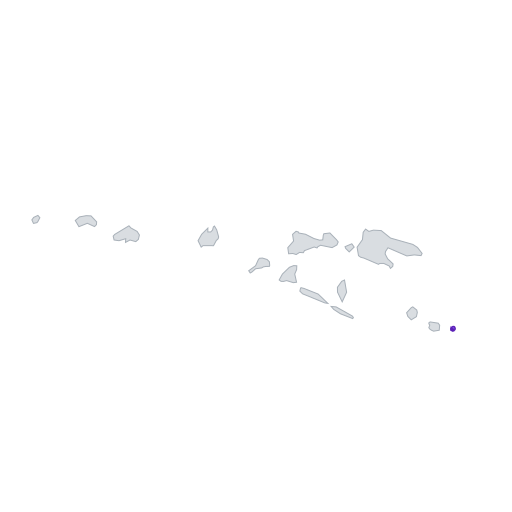 Ureparapara, Torba, Vanuatu (highlighted), rotated 124°
{"feature_id": "77236927B65524271778963", "entity_name": "Ureparapara", "entity_type": "district", "adm_level": 2, "iso_a3": "VUT", "parent_name": "Vanuatu", "parent_adm1": "Torba", "projection": "orthographic", "projection_center": [167.335, -13.537], "detail": "fine", "context": "in_parent", "style": "filled", "palette": "violet", "viewbox_px": 512, "rotation_deg": 124, "n_neighbors": 0, "source": "geoboundaries", "source_scale": "gbopen_adm2", "svg_char_len": 3381}
<svg xmlns="http://www.w3.org/2000/svg" viewBox="0 0 512 512"><g transform="rotate(124 256 256)"><path d="M171.6,131.0L175.4,151.2L179.9,151.1L182.1,150.1L184.7,145.3L185.9,137.9L188.2,136.8L191.1,137.6L189.8,140.0L190.7,145.9L192.9,149.2L194.4,149.8L197.4,165.4L198.5,168.6L198.4,171.2L192.2,177.1L182.9,176.9L176.4,180.4L172.4,180.2L172.5,176.2L168.9,173.1L164.9,166.4L165.9,154.5L158.7,132.5L158.6,126.9L161.0,119.7L163.4,119.4L166.6,125.4L171.6,131.0ZM211.0,208.5L213.7,209.9L215.2,209.9L216.0,212.8L224.4,218.8L226.8,218.6L228.7,221.9L232.3,223.5L233.3,226.8L235.9,230.2L231.3,234.3L222.6,233.2L217.6,237.8L213.1,236.6L212.4,234.2L213.0,233.3L210.3,227.2L209.1,217.7L207.3,212.1L205.3,209.7L201.2,211.8L199.6,212.2L195.6,207.6L197.5,198.3L198.4,195.7L201.6,195.1L206.5,197.6L211.0,208.5ZM322.1,382.6L319.4,385.5L317.1,385.2L302.0,378.2L302.7,375.4L302.1,368.3L303.8,364.4L308.0,362.8L311.3,363.7L313.2,369.4L317.7,371.8L314.5,373.7L319.9,378.1L322.1,382.6ZM271.2,297.0L277.0,305.7L279.3,306.4L275.7,312.6L268.4,313.2L259.8,311.5L263.0,309.4L261.4,307.0L258.8,306.5L255.8,307.6L254.4,307.2L256.3,303.2L261.1,297.6L262.6,297.1L263.8,297.1L265.1,297.6L271.2,297.0ZM262.9,223.4L256.2,224.0L246.7,222.0L242.9,219.4L241.3,216.7L244.6,214.7L249.3,213.8L255.1,207.7L257.2,210.1L259.3,216.9L261.7,219.0L263.0,221.0L262.9,223.4ZM330.7,419.2L327.6,425.7L322.3,424.2L317.5,419.3L315.0,415.2L316.8,407.2L319.3,405.8L321.9,406.3L323.2,414.1L330.7,419.2ZM258.0,201.0L257.1,201.0L256.1,198.2L252.8,183.2L255.1,169.9L256.4,172.7L261.3,196.2L260.6,200.0L258.0,201.0ZM271.5,250.4L273.3,251.3L272.3,253.8L264.3,250.9L257.8,252.0L256.0,251.9L254.1,249.5L252.7,244.9L253.3,241.7L256.1,239.4L257.1,239.1L259.1,241.9L260.9,243.8L262.7,244.6L266.8,249.2L271.5,250.4ZM240.4,168.2L236.4,171.0L229.1,170.8L226.4,169.2L235.4,160.6L245.8,158.9L240.4,168.2ZM221.2,96.3L218.8,99.4L212.1,98.4L210.5,97.6L210.9,92.5L212.6,90.7L216.6,89.1L222.1,91.6L221.2,96.3ZM215.6,74.7L214.7,75.3L213.3,74.8L209.8,67.4L210.7,65.0L215.1,62.6L219.0,66.7L219.4,69.0L219.4,70.9L218.8,72.6L216.1,73.3L215.6,74.7ZM256.8,161.7L255.8,165.5L253.4,161.1L251.9,142.6L252.5,140.9L253.8,140.8L256.7,153.7L256.8,161.7ZM353.4,458.7L351.4,462.0L348.3,461.9L344.3,459.5L345.1,456.6L349.6,456.1L350.9,456.3L353.4,458.7ZM199.6,185.8L198.5,187.4L192.3,183.4L193.7,179.6L200.5,181.0L199.6,185.8Z" fill="#d9dde1" stroke="#a8b0b8" stroke-width="1"/><path d="M203.8,52.0L203.8,52.3L203.9,52.5L204.0,52.6L204.1,52.9L204.2,53.1L204.3,53.2L204.5,53.3L204.9,53.6L205.0,53.6L205.3,53.7L205.4,53.8L205.5,53.9L205.9,53.9L206.0,54.1L206.1,53.9L206.3,53.9L206.5,54.0L206.6,53.9L206.9,53.8L207.0,53.8L207.1,53.6L207.3,53.6L207.4,53.8L207.7,53.6L208.0,53.4L208.1,53.2L208.3,53.0L208.5,52.9L208.5,52.6L208.5,52.4L208.4,52.3L208.4,52.2L208.2,52.1L208.2,51.9L208.2,51.7L207.9,51.5L207.7,51.6L207.4,51.8L207.3,52.0L207.2,52.1L207.0,52.3L206.9,52.4L206.7,52.4L206.6,52.5L206.4,52.4L206.3,52.1L206.3,51.9L206.3,51.7L206.5,51.5L206.6,51.4L206.9,51.2L207.0,51.1L207.3,51.1L207.5,51.0L207.8,51.2L207.7,51.1L207.7,50.9L207.8,50.8L208.0,50.7L207.9,50.6L207.7,50.6L207.5,50.4L207.4,50.4L207.1,50.3L207.1,50.2L206.9,50.2L206.6,50.1L206.4,50.0L206.2,50.0L205.8,50.0L205.7,50.0L205.4,50.0L205.2,50.1L205.0,50.3L204.8,50.4L204.7,50.4L204.6,50.5L204.4,50.8L204.2,51.0L204.0,51.4L203.9,51.5L203.9,51.9L203.8,52.0Z" fill="#8b5cf6" stroke="#5b21b6" stroke-width="1.5"/></g></svg>